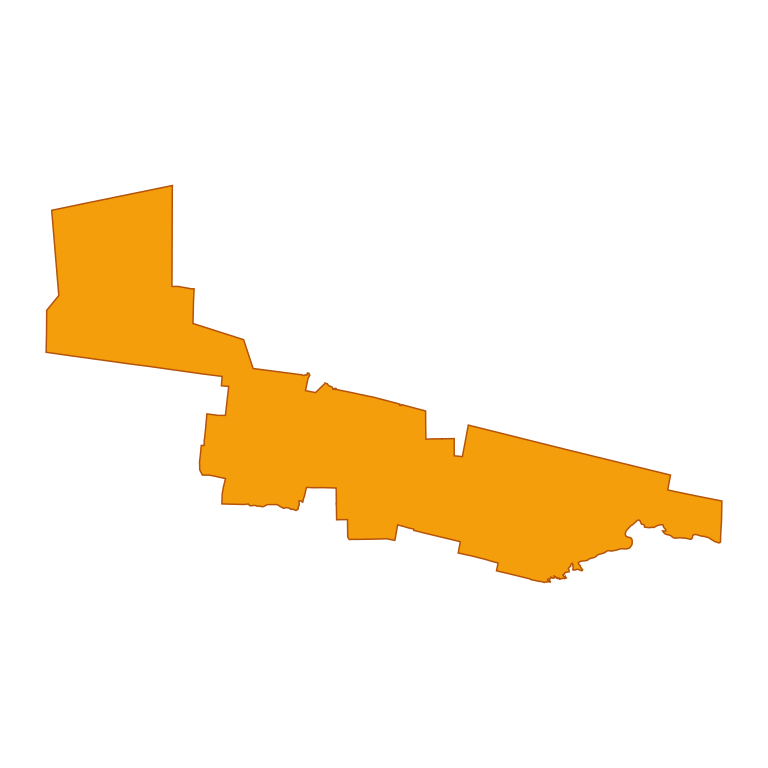 the district of Tulumba, Córdoba, Argentina
{"feature_id": "61730980B98199782535920", "entity_name": "Tulumba", "entity_type": "district", "adm_level": 2, "iso_a3": "ARG", "parent_name": "Argentina", "parent_adm1": "Córdoba", "projection": "equal_earth", "projection_center": [-63.376, -30.11], "detail": "fine", "context": "isolated", "style": "filled", "palette": "amber", "viewbox_px": 768, "rotation_deg": 0, "n_neighbors": 0, "source": "geoboundaries", "source_scale": "gbopen_adm2", "svg_char_len": 5884}
<svg xmlns="http://www.w3.org/2000/svg" viewBox="0 0 768 768"><path d="M87.2,202.9L51.7,210.3L58.8,295.5L46.7,310.3L46.5,334.8L46.1,352.3L73.8,356.2L129.4,363.9L147.6,366.2L180.2,370.8L203.7,374.1L222.1,376.4L221.4,385.8L228.7,386.4L225.4,415.4L218.3,415.4L206.9,413.9L206.2,421.6L205.5,429.4L204.6,438.5L204.2,440.0L204.2,442.6L204.1,445.5L201.3,445.4L200.3,455.4L199.5,462.2L199.7,466.0L199.7,469.8L202.4,475.1L208.7,475.1L212.8,475.8L225.5,478.6L223.3,487.5L222.2,493.9L222.0,500.2L221.9,503.9L224.4,504.0L244.9,504.5L245.9,504.1L247.9,504.2L248.6,504.1L249.2,505.1L250.2,505.8L252.2,505.6L254.5,505.4L255.8,505.6L256.9,506.2L258.6,506.1L260.6,506.3L262.2,506.8L263.4,506.6L265.3,505.7L266.7,504.9L267.6,504.6L269.5,504.6L270.9,504.6L274.2,504.6L276.4,504.5L278.1,505.1L279.2,505.9L280.6,506.8L282.2,507.4L283.3,508.3L284.9,508.0L285.8,507.6L288.1,507.9L288.9,508.0L289.7,508.5L290.3,509.1L291.0,509.2L291.8,509.4L292.6,509.1L296.0,510.5L296.5,510.0L297.5,509.6L298.1,509.2L298.2,507.1L298.7,506.2L299.2,505.1L299.2,504.0L299.1,502.4L298.9,501.1L299.5,500.7L300.3,501.0L301.0,500.9L301.6,501.2L301.9,501.8L302.7,502.2L302.9,501.4L303.4,499.1L304.3,496.3L304.7,495.4L304.7,494.3L305.1,493.4L305.6,490.9L306.3,488.3L306.6,487.4L308.6,487.5L313.3,487.7L315.6,487.7L322.4,487.6L336.1,488.0L336.3,492.7L336.2,495.4L336.3,495.9L336.3,499.2L336.4,503.3L336.1,503.3L336.4,506.8L336.6,519.8L338.7,519.7L347.5,519.6L347.7,536.9L349.2,539.5L352.6,539.4L353.3,539.3L354.9,539.4L369.5,539.2L386.8,538.8L394.8,540.4L395.4,537.6L396.2,533.0L397.6,524.9L404.4,526.7L408.8,528.0L413.7,529.1L413.8,530.4L416.2,531.0L419.8,531.9L421.3,532.3L424.2,533.0L460.3,541.7L458.2,553.0L471.5,555.9L485.8,559.5L491.3,561.2L498.1,563.0L496.5,570.8L499.2,571.5L506.3,573.1L530.4,579.0L530.8,579.6L533.9,580.2L539.6,581.5L539.9,581.3L543.0,582.0L544.1,582.5L544.3,582.5L544.7,582.2L545.7,581.9L546.7,582.1L547.4,581.9L548.1,581.8L548.4,581.8L548.8,581.7L549.2,581.7L549.7,581.9L550.0,582.1L550.3,582.1L550.4,581.8L550.1,581.1L549.8,580.7L549.6,580.7L549.2,580.7L548.9,580.7L548.3,580.8L548.1,580.7L547.9,580.5L547.7,580.1L547.6,579.4L547.7,579.2L547.9,579.0L548.9,579.0L549.2,579.1L549.6,579.1L550.0,579.0L550.1,578.8L550.4,578.0L550.5,577.7L550.5,577.3L550.5,577.2L550.9,577.2L551.1,577.3L551.3,577.6L551.5,577.6L551.8,577.5L552.0,578.1L552.5,578.0L552.8,578.0L553.1,578.2L553.3,578.2L553.7,578.0L554.4,577.9L554.5,577.9L554.5,577.7L554.6,577.3L554.4,577.3L554.3,577.2L554.3,576.9L554.6,576.8L554.5,576.7L554.2,576.4L554.1,576.0L554.1,575.9L554.4,576.0L555.6,576.9L555.8,577.0L556.0,577.1L556.3,577.5L556.4,577.9L556.4,578.0L556.9,578.3L556.9,578.2L556.7,577.8L556.7,577.6L556.9,577.5L557.0,577.5L557.4,577.9L557.9,578.2L558.5,578.2L558.9,577.9L559.1,577.9L559.3,578.1L559.4,578.4L559.4,578.5L559.0,578.7L559.0,578.8L559.4,579.1L559.8,579.3L560.3,579.1L561.2,578.7L561.7,578.6L562.2,578.6L563.2,578.2L563.8,578.3L564.4,578.6L564.6,578.2L564.8,578.1L565.4,578.3L566.1,578.0L566.4,578.0L566.4,577.9L565.6,577.3L565.5,577.0L565.4,576.5L565.1,576.9L564.7,576.8L564.2,576.5L563.7,576.3L563.6,576.2L563.6,575.8L563.4,575.9L563.0,575.5L562.8,575.3L562.8,575.2L563.0,575.0L563.3,575.0L563.5,574.7L563.9,574.5L564.0,574.4L563.8,574.0L563.9,573.9L564.0,573.8L564.3,573.7L564.6,573.5L565.2,572.8L565.1,572.6L565.9,572.2L567.5,572.1L569.1,571.8L569.1,570.0L568.3,568.6L569.3,567.2L570.7,566.1L571.0,564.3L572.2,563.3L572.9,564.7L572.9,566.4L573.3,567.9L572.7,569.7L574.0,570.1L575.6,569.8L577.2,569.3L578.7,569.5L580.2,570.3L581.8,570.8L582.7,569.8L581.6,568.5L580.6,567.0L580.1,565.5L578.8,564.3L578.3,562.7L579.8,561.7L581.3,561.2L583.6,560.9L584.3,560.9L585.7,560.7L587.6,560.2L588.9,559.1L590.4,558.4L592.0,558.1L593.6,557.7L595.1,557.1L596.5,556.0L597.7,554.8L603.2,553.2L603.9,553.0L605.4,552.2L606.6,551.2L608.2,550.6L611.3,551.1L616.0,550.2L620.8,548.8L623.0,548.8L624.9,548.9L627.3,548.8L628.8,548.3L630.2,547.4L632.1,544.3L632.2,542.3L632.2,540.6L631.7,538.8L630.5,537.7L629.1,537.4L627.3,536.9L625.9,536.0L625.2,534.4L625.5,532.6L626.2,531.0L627.2,529.6L630.8,525.8L632.3,524.9L635.1,522.5L636.1,521.6L637.3,520.4L638.9,520.0L640.1,520.9L640.7,522.7L641.7,524.2L643.2,524.4L644.4,525.3L644.5,527.1L649.1,527.7L652.3,527.3L653.9,527.5L656.5,526.0L658.2,525.2L661.4,524.7L662.9,524.8L663.4,526.7L664.6,528.4L665.6,529.2L665.8,531.0L662.6,530.9L663.5,532.3L664.7,533.6L666.1,534.4L668.1,534.8L669.4,535.1L670.8,535.7L672.2,536.9L673.5,537.8L675.0,538.1L677.3,538.0L680.0,537.7L682.2,538.0L685.5,538.2L686.7,538.4L689.5,539.1L691.1,539.3L692.3,537.9L692.6,536.0L693.5,534.8L695.2,534.5L696.8,534.7L701.3,536.1L704.2,536.4L709.1,537.9L710.7,539.1L715.1,541.7L717.9,542.5L718.8,543.0L720.5,542.1L720.6,538.3L720.7,534.1L721.5,521.2L721.9,501.0L698.6,496.4L674.8,491.5L667.7,489.9L670.5,475.1L565.7,449.4L468.3,425.1L462.4,456.6L454.2,455.8L454.2,438.6L443.3,438.8L442.6,439.1L442.1,439.2L442.0,438.7L437.0,438.9L432.1,438.9L425.9,439.2L425.7,427.2L425.6,411.0L401.5,404.6L401.4,405.4L399.7,405.4L399.7,404.1L373.5,397.2L368.1,396.1L347.8,391.8L340.8,390.4L337.0,389.6L336.7,389.4L336.1,388.5L335.8,388.3L335.5,388.4L335.4,388.5L335.3,388.8L335.2,389.3L334.6,388.8L334.4,388.6L334.1,388.9L333.9,388.9L333.7,388.8L333.6,388.7L333.4,388.7L333.4,389.0L333.2,389.2L333.1,389.4L332.9,389.3L332.9,389.0L332.7,388.7L332.6,388.2L332.5,387.8L332.3,387.4L332.0,387.1L330.6,386.3L329.9,386.1L329.5,386.0L328.4,385.4L327.3,383.8L326.2,383.5L326.0,383.3L325.0,383.1L325.0,383.4L315.5,392.6L305.5,390.6L308.0,378.5L309.8,375.3L309.3,375.1L309.2,373.8L308.9,373.2L308.0,373.3L307.4,373.0L307.2,373.6L307.3,374.3L307.1,374.8L306.7,375.2L306.1,374.9L305.4,374.8L304.6,375.2L304.0,375.6L302.7,375.2L302.5,374.9L253.1,368.5L243.6,339.7L193.0,323.5L193.5,301.2L194.1,288.8L190.7,288.8L189.8,288.5L177.9,286.4L172.2,286.5L171.9,286.0L172.0,276.3L172.3,187.0L172.4,185.5L87.2,202.9Z" fill="#f59e0b" stroke="#b45309" stroke-width="1.5"/></svg>